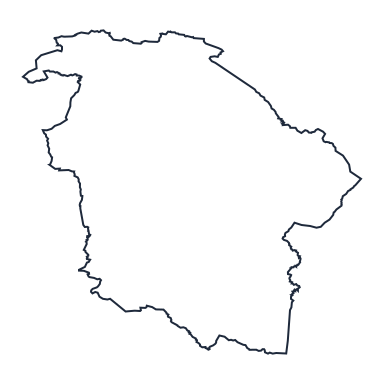 outline of Manorhamilton Lea-6, Leitrim, Ireland
{"feature_id": "5873133B72319523044240", "entity_name": "Manorhamilton Lea-6", "entity_type": "district", "adm_level": 2, "iso_a3": "IRL", "parent_name": "Ireland", "parent_adm1": "Leitrim", "projection": "equal_earth", "projection_center": [-8.199, 54.289], "detail": "fine", "context": "isolated", "style": "outline", "palette": "slate", "viewbox_px": 384, "rotation_deg": 0, "n_neighbors": 0, "source": "geoboundaries", "source_scale": "gbopen_adm2", "svg_char_len": 5788}
<svg xmlns="http://www.w3.org/2000/svg" viewBox="0 0 384 384"><path d="M361.0,178.8L350.3,171.6L349.1,164.6L343.0,155.6L335.6,150.9L335.4,147.6L333.5,145.9L332.9,143.9L331.7,143.1L329.6,143.0L329.3,142.4L326.3,141.9L325.6,142.2L323.7,141.3L322.5,138.3L325.1,133.9L323.1,131.7L318.0,129.0L315.9,130.0L314.6,131.7L311.6,132.3L311.4,132.8L308.8,132.5L307.5,130.9L305.2,130.2L301.4,133.0L297.4,130.7L295.6,127.8L290.3,127.8L289.9,126.2L288.0,124.7L283.0,125.1L283.5,123.9L282.7,124.3L282.1,123.8L284.0,122.6L283.1,121.5L281.7,121.5L282.4,120.5L280.9,119.9L281.4,119.0L278.2,118.4L278.7,117.2L275.8,113.3L275.6,112.0L273.9,109.8L271.6,108.5L270.9,106.0L268.1,102.0L264.7,99.9L264.2,97.5L260.5,95.6L259.2,93.3L256.3,91.9L254.9,89.5L215.3,62.8L211.8,61.2L209.6,58.5L210.6,56.9L214.6,56.3L217.8,56.9L218.9,54.5L220.8,53.8L220.5,52.5L223.0,51.2L221.6,49.6L218.5,48.1L205.7,43.5L203.9,41.5L203.9,38.9L193.7,38.1L193.1,37.0L192.1,37.3L186.9,36.0L185.9,36.5L185.0,36.2L184.2,34.9L178.7,34.3L178.2,33.6L176.0,33.4L174.9,32.3L171.6,32.3L170.5,31.6L170.2,32.0L168.1,31.6L165.9,34.3L162.7,33.9L162.5,33.5L160.4,33.8L161.0,35.4L160.8,36.7L159.4,38.0L159.1,40.8L157.5,41.9L148.7,41.6L145.1,40.9L141.5,42.2L141.6,43.1L140.8,43.7L133.3,43.1L131.7,41.6L129.3,41.1L128.4,40.0L126.6,39.9L124.7,38.7L123.4,38.9L123.1,39.7L121.2,40.6L113.3,39.7L110.6,36.2L109.5,35.8L109.2,34.5L109.8,33.7L109.7,32.9L108.5,33.2L105.6,32.5L103.6,30.4L100.8,30.7L100.2,31.7L98.8,32.1L97.4,31.1L94.6,31.7L91.6,30.7L88.5,33.6L81.3,32.5L77.5,33.7L75.5,34.7L75.9,35.0L75.2,35.5L72.2,36.4L64.1,36.7L61.5,36.2L58.4,37.5L54.6,38.0L54.5,38.4L56.2,39.9L56.7,42.6L57.9,43.6L58.0,44.5L57.3,45.4L60.3,45.3L62.0,46.8L62.0,49.5L61.4,51.3L57.4,50.2L41.2,55.2L35.9,60.3L36.6,68.4L28.7,71.8L23.0,76.8L27.2,79.3L27.8,80.8L28.7,81.2L28.5,82.2L29.4,82.3L32.9,82.7L36.6,80.7L39.9,80.9L40.6,80.0L41.7,80.3L42.0,79.7L42.8,79.5L43.6,80.1L46.1,79.1L47.5,77.6L43.8,71.4L48.8,70.5L49.8,71.5L53.4,71.5L55.5,72.6L57.0,72.1L58.7,73.0L58.7,73.5L59.6,73.4L60.5,74.8L61.7,74.8L62.1,75.4L63.3,75.5L63.9,75.0L67.6,76.1L71.0,74.7L72.2,75.4L73.1,75.1L75.1,74.1L76.6,74.5L76.7,75.5L78.9,75.5L81.5,76.6L81.5,77.3L80.7,78.0L79.0,78.1L78.9,78.5L80.4,80.0L79.7,80.8L78.1,81.0L77.7,82.0L80.2,84.5L78.4,90.8L77.7,92.0L75.6,92.9L74.3,95.1L71.1,98.3L70.4,102.4L70.3,106.3L65.8,117.4L66.9,119.6L60.1,124.0L54.8,125.9L51.6,128.8L46.9,130.3L42.8,130.1L44.2,133.3L45.9,134.6L46.1,136.6L48.1,138.8L47.1,140.6L48.3,143.3L47.6,145.3L49.2,148.7L48.7,152.5L50.2,154.4L51.2,156.7L52.1,157.3L51.6,161.0L50.0,164.7L49.5,164.8L55.2,168.9L59.8,168.6L59.2,170.4L68.6,170.0L72.0,171.4L74.0,171.5L73.8,171.9L74.7,174.3L74.4,175.9L77.7,177.4L78.7,179.3L78.6,181.4L80.0,183.6L79.9,187.3L80.8,189.4L80.4,191.6L80.9,195.7L82.4,196.0L81.9,199.9L80.1,203.1L79.7,204.9L79.9,206.1L80.4,206.1L80.3,208.4L83.3,224.9L84.8,227.0L87.2,226.8L88.3,227.4L88.0,228.8L88.5,230.5L88.1,231.0L88.7,231.7L89.0,234.1L90.3,234.9L89.7,235.9L87.2,236.1L87.1,237.1L88.3,237.3L87.6,238.0L87.6,239.2L86.8,239.8L87.4,240.1L86.0,241.7L86.5,242.0L86.7,244.0L83.8,249.9L85.4,250.8L85.5,252.0L88.3,254.8L88.3,255.7L86.9,256.7L87.5,257.4L86.8,258.3L86.9,259.0L90.1,259.7L88.7,262.0L86.9,262.6L84.9,266.9L79.0,269.8L79.0,270.6L83.8,270.8L88.9,272.7L89.1,273.9L87.6,274.4L88.6,276.5L89.5,277.1L94.0,277.9L97.3,279.3L99.6,278.8L101.0,280.2L100.2,281.5L99.8,284.0L97.9,286.5L96.8,287.4L92.6,288.9L91.2,290.4L91.0,291.8L92.5,293.4L95.2,292.0L97.7,292.7L99.5,296.7L102.9,298.8L107.4,299.5L110.1,298.8L125.6,311.5L134.6,310.7L140.1,311.0L140.9,310.3L140.4,307.7L145.3,307.9L146.4,307.3L146.8,305.7L152.2,307.1L155.9,309.4L163.5,309.6L166.5,312.7L166.5,313.6L168.4,314.6L167.8,315.9L168.0,316.7L170.7,318.0L171.4,320.0L170.9,321.1L171.6,322.2L177.5,325.4L177.6,325.9L180.5,327.7L183.4,327.3L185.8,328.2L187.3,330.4L188.9,331.1L188.7,331.5L189.9,332.4L189.2,332.8L189.8,333.2L189.6,333.9L190.5,334.0L192.6,336.9L195.8,338.5L195.8,339.7L196.7,339.8L197.0,340.5L196.5,342.0L198.5,343.0L200.0,344.5L200.0,345.8L202.3,347.3L205.5,347.0L205.6,348.1L207.3,348.5L207.5,349.2L208.5,349.7L209.6,349.1L209.2,347.6L210.0,346.7L213.1,345.4L215.3,343.8L216.1,342.6L216.2,340.9L219.4,335.5L224.6,336.7L228.8,340.2L231.1,339.8L233.1,340.5L235.2,340.0L237.5,342.2L243.3,344.8L245.5,345.1L247.3,348.1L249.2,349.2L249.4,349.8L256.2,349.7L258.7,350.9L261.1,350.6L262.5,349.2L264.1,349.2L264.7,350.1L265.0,352.3L268.0,353.6L269.7,352.6L272.7,353.6L276.2,353.0L286.2,353.5L287.8,340.8L290.0,310.1L291.4,307.4L291.9,302.2L293.3,300.6L291.0,298.9L291.0,296.8L291.7,295.8L291.2,295.1L292.4,295.0L292.1,294.1L293.4,293.3L292.5,291.6L294.6,291.4L293.8,290.7L294.6,289.5L295.7,290.1L296.7,289.3L297.9,290.6L297.9,288.6L299.7,287.3L299.2,286.0L297.4,285.6L296.2,284.1L293.8,284.8L292.5,283.3L291.7,283.4L292.1,282.2L289.8,281.5L290.3,280.2L289.4,278.7L289.6,277.6L290.5,276.6L290.9,275.4L291.8,275.5L290.5,274.6L288.0,274.1L287.9,272.1L290.8,268.7L290.5,268.2L291.6,267.8L291.6,267.2L293.5,267.3L293.8,266.6L295.2,266.1L295.8,266.5L295.6,265.8L296.6,265.9L297.7,265.2L297.5,264.7L298.6,264.4L300.1,262.2L299.8,261.8L300.6,258.8L300.0,257.4L298.9,258.0L298.8,257.4L299.7,256.2L298.3,255.9L297.6,255.0L298.0,252.8L295.8,251.4L296.1,250.5L294.4,250.1L292.7,250.6L292.2,249.5L291.3,249.3L290.7,247.8L291.3,246.7L289.2,245.2L289.5,244.2L289.0,243.9L289.0,242.9L287.0,240.9L283.9,239.9L282.6,238.6L283.1,237.2L285.1,236.2L284.9,234.3L285.5,232.9L288.4,231.2L288.9,229.5L291.3,227.5L294.5,222.7L301.6,225.0L310.1,226.0L316.5,227.7L320.8,226.8L324.7,222.7L329.5,219.6L333.2,214.9L333.7,212.4L334.5,212.0L336.4,209.5L341.5,205.7L341.7,204.5L341.3,204.0L341.7,202.9L341.2,201.7L341.7,200.3L341.3,199.6L342.2,198.7L342.8,196.2L346.2,193.9L348.1,191.0L350.4,189.9L350.4,189.4L353.3,187.5L354.2,186.0L355.2,185.4L361.0,178.8Z" fill="none" stroke="#1e293b" stroke-width="2"/></svg>